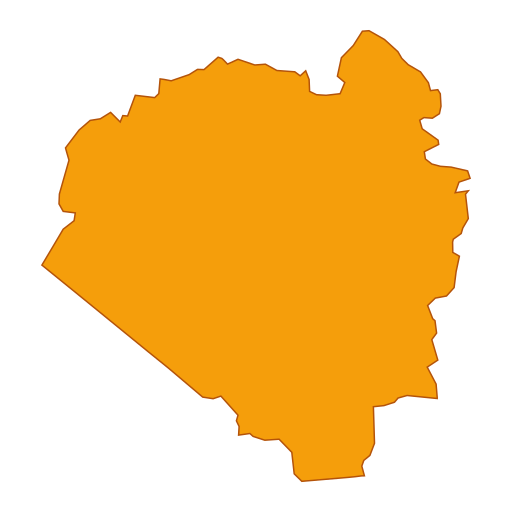 Aibonito, Puerto Rico (orthographic projection)
{"feature_id": "32010507B49819301822346", "entity_name": "Aibonito", "entity_type": "district", "adm_level": 2, "iso_a3": "PRI", "parent_name": "Puerto Rico", "parent_adm1": "", "projection": "orthographic", "projection_center": [-66.255, 18.128], "detail": "fine", "context": "isolated", "style": "filled", "palette": "amber", "viewbox_px": 512, "rotation_deg": 0, "n_neighbors": 0, "source": "geoboundaries", "source_scale": "gbopen_adm2", "svg_char_len": 1626}
<svg xmlns="http://www.w3.org/2000/svg" viewBox="0 0 512 512"><path d="M301.8,481.3L347.9,477.4L355.1,476.7L361.4,475.9L364.4,475.8L361.8,466.1L363.8,460.4L369.9,455.4L374.5,443.3L373.4,406.7L384.0,405.6L394.5,402.2L398.1,398.0L407.1,395.5L437.2,398.5L437.2,397.4L436.1,384.1L427.2,367.1L437.8,360.1L431.8,339.6L436.6,333.1L435.0,320.7L432.7,318.7L427.6,305.5L435.3,298.1L446.5,296.0L454.1,287.6L456.1,271.7L459.4,256.2L452.8,252.4L452.6,242.0L453.3,239.2L461.2,233.5L462.8,228.0L468.3,218.6L465.5,194.2L468.3,190.8L455.2,192.7L459.0,182.1L470.1,178.3L467.6,170.9L451.1,167.1L440.4,166.3L431.8,164.0L425.4,159.0L424.3,151.7L438.7,144.4L438.1,140.2L422.2,128.8L419.7,120.2L423.9,117.6L432.4,118.2L439.4,113.7L441.0,106.2L440.3,93.8L437.8,89.7L430.5,90.6L428.4,82.7L420.5,71.9L408.2,64.7L401.8,58.4L397.9,51.7L384.5,39.5L369.0,30.7L362.4,31.2L353.3,45.5L341.4,57.7L337.4,76.2L344.8,82.5L340.1,93.7L326.1,95.3L316.5,94.7L309.6,91.4L309.1,79.5L305.7,70.8L300.2,75.8L294.8,71.8L276.9,70.5L265.4,64.2L254.8,65.0L238.0,59.3L227.5,64.1L223.3,59.7L221.8,58.4L218.1,57.2L204.0,69.6L197.5,69.4L189.2,74.6L171.2,80.8L163.9,79.4L160.1,78.9L158.8,93.6L154.7,97.6L135.3,95.3L127.6,116.0L122.8,115.6L120.2,122.0L110.6,112.4L100.3,118.8L90.2,120.4L79.1,130.0L65.5,147.9L66.8,152.6L69.0,160.2L59.4,194.0L59.0,203.9L63.2,211.4L75.3,212.9L74.1,220.7L63.2,229.2L53.7,245.3L41.9,265.1L83.5,298.9L148.3,351.8L168.2,367.9L202.7,397.1L213.1,398.7L220.9,396.1L238.0,415.2L236.4,420.8L239.1,426.5L238.6,435.1L249.9,433.5L253.1,436.4L264.8,440.2L279.1,439.2L291.8,452.3L294.2,473.8L301.8,481.3Z" fill="#f59e0b" stroke="#b45309" stroke-width="1.5"/></svg>